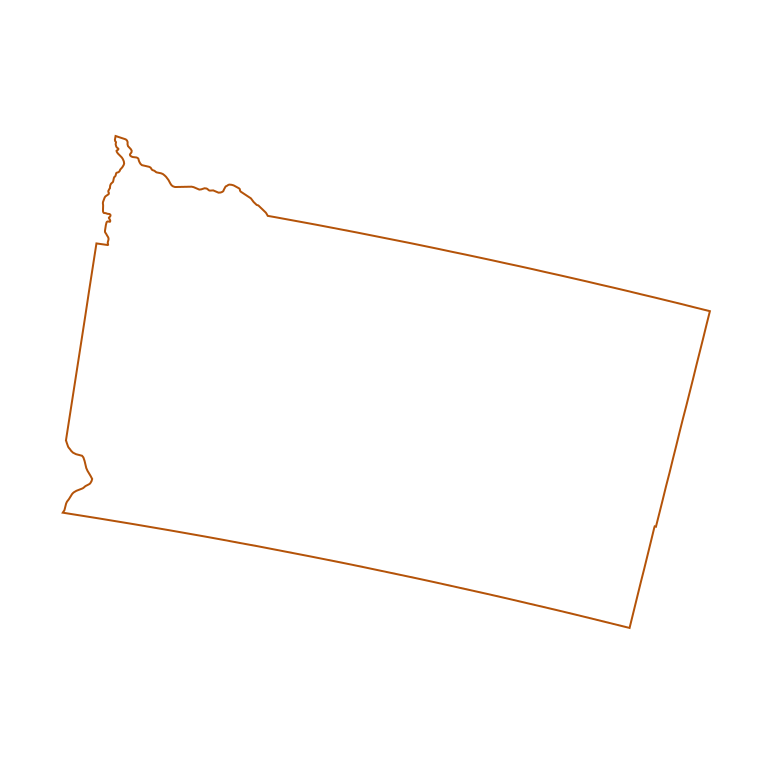 the State of South Dakota, rotated 190°
{"feature_id": "USA-3534", "entity_name": "South Dakota", "entity_type": "State", "adm_level": 1, "iso_a3": "USA", "parent_name": "United States of America", "parent_adm1": "", "projection": "albers", "projection_center": [-98.157, 44.23], "detail": "fine", "context": "isolated", "style": "outline", "palette": "amber", "viewbox_px": 768, "rotation_deg": 190, "n_neighbors": 0, "source": "natural_earth", "source_scale": "10m", "svg_char_len": 4252}
<svg xmlns="http://www.w3.org/2000/svg" viewBox="0 0 768 768"><g transform="rotate(190 384 384)"><path d="M92.7,290.8L92.9,289.4L93.3,283.0L94.1,270.6L94.9,258.5L95.7,246.5L96.6,234.5L97.4,222.5L98.2,210.4L99.0,198.4L99.8,186.4L120.3,187.8L138.3,189.0L156.3,190.2L174.2,191.3L192.2,192.3L210.2,193.3L228.1,194.3L246.1,195.2L264.1,196.0L282.1,196.8L300.1,197.6L318.1,198.3L336.0,198.9L354.0,199.5L372.0,200.1L390.0,200.6L408.0,201.0L426.0,201.4L444.0,201.7L462.0,202.0L480.0,202.3L498.0,202.4L516.0,202.6L534.0,202.7L552.0,202.7L570.0,202.7L588.0,202.6L606.0,202.5L624.0,202.3L642.0,202.1L660.0,201.8L678.0,201.5L677.5,202.7L677.3,203.1L677.0,203.7L676.8,204.3L676.3,211.0L675.8,213.0L674.3,215.9L672.1,221.4L671.8,221.9L671.2,222.8L670.5,223.6L668.4,225.4L662.8,228.8L662.0,229.5L660.3,231.6L657.4,233.8L656.7,234.4L656.1,235.1L655.2,237.4L654.9,239.8L657.0,242.5L660.9,247.0L662.6,249.5L665.5,256.2L667.3,259.5L668.9,260.9L675.1,261.4L678.4,262.4L680.7,264.0L681.6,265.0L683.5,266.6L684.2,267.4L686.5,271.5L687.0,272.6L687.4,273.0L687.5,277.3L688.0,301.7L688.5,326.1L689.0,350.5L689.5,374.9L690.0,399.3L690.6,423.7L691.1,448.1L691.6,472.5L680.2,472.9L679.9,473.2L680.1,473.9L680.4,474.5L680.6,475.2L680.6,476.0L680.5,477.2L680.4,478.2L680.5,479.2L680.9,480.2L681.3,480.8L682.8,482.5L683.5,483.4L684.9,484.9L685.2,485.4L685.4,486.6L685.5,492.3L685.3,495.0L685.1,495.4L684.8,495.8L684.4,496.1L683.8,496.2L682.6,496.1L682.1,496.2L681.9,496.7L682.0,497.4L682.7,498.6L683.3,499.1L683.7,499.6L683.8,500.0L683.6,500.4L682.9,501.2L682.7,501.7L682.6,502.3L682.7,502.9L683.2,503.4L683.8,503.7L684.5,503.7L685.8,503.6L687.6,503.9L688.2,503.9L689.0,503.8L689.5,503.8L690.0,504.1L690.3,504.5L690.6,505.0L690.9,506.2L691.6,511.0L691.9,512.1L692.2,513.0L692.3,513.7L692.3,514.6L691.5,519.0L691.2,519.8L690.9,520.4L688.2,523.1L688.1,523.7L688.1,524.3L688.5,524.9L688.8,525.3L688.9,525.6L689.0,526.2L688.8,526.9L688.3,528.5L688.0,529.0L687.9,529.2L687.9,529.4L688.0,529.8L688.1,532.0L687.8,533.3L687.5,534.0L686.1,535.8L686.0,536.0L685.9,536.8L685.8,539.8L685.6,540.7L685.4,541.2L685.1,541.4L684.8,541.9L684.6,542.3L684.5,543.0L684.4,544.5L684.3,545.1L684.1,545.5L683.8,545.7L682.6,546.3L682.3,546.5L682.0,546.8L681.7,547.2L681.4,547.7L681.2,548.3L681.1,548.9L680.9,549.5L680.6,550.0L679.4,551.9L678.8,553.4L678.4,554.5L678.2,556.0L678.5,556.9L678.9,558.1L680.2,560.1L681.0,561.0L681.6,561.6L686.1,564.8L686.8,565.5L687.5,566.3L687.7,566.7L687.9,567.2L687.6,567.7L686.7,568.4L686.6,568.6L686.4,569.0L686.4,569.3L686.5,569.6L687.9,570.4L688.3,570.7L688.7,571.1L689.0,571.5L689.5,572.6L689.8,573.2L689.9,573.9L689.9,574.8L689.9,575.5L690.3,576.1L690.8,576.4L691.4,577.7L691.4,581.6L680.9,580.1L679.4,579.2L678.5,577.7L678.2,575.5L677.4,573.8L674.0,571.2L673.0,569.9L672.9,568.5L673.3,567.5L673.8,566.7L674.0,565.7L673.6,564.9L672.6,564.3L671.5,564.0L670.6,563.9L667.2,564.1L666.2,563.9L665.2,563.4L664.8,562.8L664.5,562.0L663.9,560.9L663.0,559.6L661.9,558.4L660.4,557.5L653.0,557.1L651.5,556.6L650.7,555.8L650.1,555.1L649.3,554.5L647.1,554.1L645.3,553.1L644.5,552.9L640.2,552.8L638.3,552.4L636.4,551.4L634.6,550.2L631.6,547.4L629.1,544.2L627.7,542.8L626.1,542.0L624.0,541.7L607.8,544.9L605.6,544.8L599.7,543.4L597.9,543.9L594.7,545.6L592.8,545.7L591.8,545.4L590.2,544.4L589.1,544.2L585.8,545.0L580.2,543.7L578.2,544.2L577.3,544.7L576.4,545.3L575.7,546.2L575.4,547.7L574.4,550.7L574.1,551.2L573.5,551.5L571.9,553.0L571.0,553.5L568.8,553.7L566.6,553.5L560.7,551.5L559.8,550.8L559.4,549.5L558.6,548.6L547.3,543.7L544.0,540.6L540.6,538.3L540.2,538.2L539.2,538.1L538.7,538.0L530.2,532.3L529.6,531.7L527.9,529.7L527.7,529.4L527.2,529.4L520.2,529.4L506.4,529.3L492.5,529.2L478.7,529.1L464.8,528.9L451.0,528.7L437.2,528.5L423.3,528.2L409.5,527.9L395.6,527.6L381.8,527.3L368.0,526.9L354.1,526.5L340.3,526.0L326.5,525.6L312.6,525.1L298.8,524.6L285.0,524.0L271.1,523.5L257.3,522.9L243.5,522.2L229.7,521.6L215.8,520.9L202.0,520.2L188.2,519.4L174.4,518.7L160.6,517.9L146.7,517.0L132.9,516.2L119.1,515.3L105.3,514.4L91.5,513.4L75.7,512.3L76.7,498.4L77.6,484.6L78.6,470.7L79.6,456.9L80.5,443.0L81.5,429.2L82.5,415.3L83.6,401.5L84.6,387.6L85.5,373.8L86.5,359.9L87.4,346.1L88.5,332.2L89.4,318.5L90.4,304.5L91.4,290.7L92.7,290.8Z" fill="none" stroke="#b45309" stroke-width="2"/></g></svg>